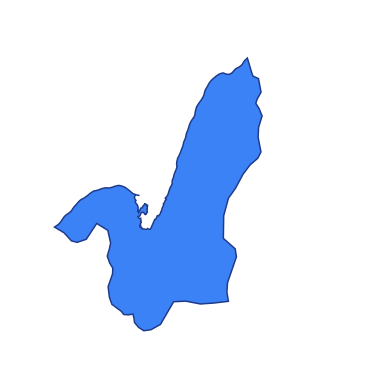 Bimbo, Ombella-M'Poko, Central African Republic (Equal Earth projection), rotated 215°
{"feature_id": "33826404B89402945162763", "entity_name": "Bimbo", "entity_type": "district", "adm_level": 2, "iso_a3": "CAF", "parent_name": "Central African Republic", "parent_adm1": "Ombella-M'Poko", "projection": "equal_earth", "projection_center": [18.582, 4.266], "detail": "fine", "context": "isolated", "style": "filled", "palette": "blue", "viewbox_px": 384, "rotation_deg": 215, "n_neighbors": 0, "source": "geoboundaries", "source_scale": "gbopen_adm2", "svg_char_len": 5465}
<svg xmlns="http://www.w3.org/2000/svg" viewBox="0 0 384 384"><g transform="rotate(215 192 192)"><path d="M181.4,53.7L177.7,52.5L173.7,54.8L170.4,58.1L167.2,55.4L164.2,52.1L158.2,50.5L151.9,50.7L146.6,55.7L141.9,65.5L144.1,91.6L134.5,99.0L120.9,105.1L110.4,113.6L99.5,123.3L106.0,130.0L110.9,138.1L118.4,164.4L124.0,170.2L139.7,172.0L152.4,190.7L158.6,207.8L158.5,219.9L160.4,235.9L160.0,247.3L157.5,257.4L158.5,264.4L169.2,274.7L174.6,283.3L178.2,294.5L185.2,299.0L190.6,301.2L191.9,305.5L192.7,313.4L202.6,323.0L208.4,321.9L210.9,323.5L223.5,333.5L224.1,330.6L224.3,328.9L224.2,327.2L224.0,325.4L224.3,323.8L224.8,322.1L225.3,320.9L226.2,319.4L226.9,317.8L227.2,315.9L227.3,314.6L227.4,313.1L227.9,311.8L228.4,310.6L229.4,309.4L230.5,308.7L232.7,307.8L234.4,307.6L235.7,306.5L237.4,304.1L238.6,301.1L239.8,296.6L240.1,295.1L240.4,292.8L240.4,291.5L240.2,289.3L239.9,286.9L239.8,284.9L239.6,283.0L238.8,280.6L238.0,278.9L237.5,276.3L237.2,272.6L237.3,268.7L237.1,264.5L236.3,262.0L235.2,259.3L234.1,257.2L233.5,255.5L233.4,253.7L233.4,250.7L233.3,248.7L232.8,246.2L231.8,243.0L230.8,240.0L230.4,237.6L229.8,235.8L229.0,234.3L228.2,232.1L227.8,229.9L227.3,227.8L226.6,226.3L226.0,224.7L225.5,223.1L225.0,220.5L224.4,218.9L224.0,217.2L223.8,215.5L223.3,213.7L223.3,211.9L221.9,208.3L220.9,206.4L219.8,205.1L219.1,204.3L218.5,203.4L218.0,201.7L217.5,199.3L216.9,196.8L216.2,194.7L215.3,192.6L215.1,191.1L214.6,189.7L213.7,188.5L212.8,186.8L212.5,184.7L212.3,182.6L211.8,181.0L211.2,179.0L210.3,176.2L210.1,174.1L210.3,172.4L210.7,171.4L210.6,171.5L210.0,171.3L209.7,171.2L209.3,171.2L209.0,171.4L208.9,170.4L209.0,169.3L209.0,169.0L208.9,168.4L208.8,167.8L208.7,167.6L208.5,167.3L208.5,167.2L208.4,167.0L208.3,166.7L208.7,166.0L208.2,165.5L208.1,165.3L208.0,165.2L207.9,164.9L207.7,164.5L207.6,164.4L207.6,164.2L207.6,163.9L207.5,163.6L207.5,163.2L207.3,162.8L207.3,162.6L207.3,162.2L207.2,162.0L207.1,161.7L207.0,161.3L206.9,160.8L206.8,160.4L206.6,160.1L206.5,159.8L206.4,159.5L206.2,159.1L206.1,158.9L206.2,158.6L206.2,157.9L206.1,157.6L205.9,157.2L205.8,156.7L205.7,156.5L205.6,156.1L205.5,155.7L205.5,154.6L205.7,154.4L205.8,154.3L205.6,153.1L206.8,152.7L206.0,148.6L206.8,148.1L206.0,144.3L205.4,141.2L204.8,138.2L204.8,137.8L204.9,137.6L205.1,137.3L205.3,137.2L205.6,137.0L205.8,137.0L206.1,136.9L206.4,136.8L206.8,136.7L207.2,136.6L207.3,136.6L207.2,136.2L208.0,135.2L210.8,133.8L211.3,133.4L211.5,133.0L211.5,132.6L211.6,132.8L211.8,133.3L212.1,133.6L212.4,133.9L212.6,133.9L213.1,133.7L213.3,133.6L213.8,133.3L214.1,133.3L214.2,133.5L214.1,133.8L214.0,134.2L214.1,134.6L214.4,134.9L214.7,134.8L215.2,134.6L215.4,134.4L215.5,134.5L215.7,135.0L215.7,135.4L215.6,135.7L215.6,135.9L215.8,136.1L215.9,136.5L216.1,136.7L216.1,137.2L216.1,137.7L216.1,138.0L216.3,138.3L216.5,138.3L216.7,138.2L217.2,138.3L217.3,138.5L217.3,139.1L217.3,139.3L217.7,139.7L217.9,139.9L218.2,140.0L218.5,140.2L218.6,140.4L218.8,140.8L219.0,141.1L219.6,140.3L220.1,140.3L221.1,140.1L221.7,140.4L222.1,140.7L222.2,141.2L221.1,142.1L221.1,143.0L221.3,144.1L221.4,144.6L221.7,145.3L221.7,145.7L221.4,146.3L220.9,146.9L220.3,147.3L218.5,147.2L218.3,147.1L218.1,146.7L217.9,146.7L217.6,146.7L217.3,146.9L217.1,146.9L216.9,147.3L216.9,147.5L216.9,147.9L217.0,148.2L217.1,148.6L217.0,149.1L217.0,149.7L217.0,149.9L217.0,150.0L217.3,150.2L217.5,150.4L217.7,150.6L218.2,151.0L218.5,151.1L218.6,151.5L218.6,152.1L218.8,152.3L219.1,152.4L219.4,152.6L219.4,152.9L219.4,153.1L219.5,153.3L219.8,153.7L220.2,154.2L220.3,154.4L220.3,154.7L220.4,154.9L220.4,155.2L220.6,155.4L220.8,155.6L221.2,155.6L221.3,155.4L221.4,155.0L221.5,154.9L221.7,155.1L221.7,155.4L221.8,155.5L222.0,155.5L222.3,155.4L222.5,155.4L222.7,155.5L223.0,155.5L223.4,155.6L223.5,155.5L223.9,155.4L224.0,155.2L223.9,154.1L223.9,153.7L223.8,153.3L223.8,152.9L224.1,152.2L224.1,151.9L223.9,151.4L223.8,150.8L223.8,150.4L224.0,150.1L224.3,149.9L224.7,149.5L224.7,149.1L224.4,147.7L224.2,147.2L224.2,146.8L224.3,146.5L224.4,146.4L224.3,146.2L224.0,145.4L223.8,144.9L223.7,144.6L223.7,144.4L224.0,144.6L224.3,144.8L224.7,144.8L224.8,144.8L225.0,144.8L225.3,144.9L225.4,145.2L225.5,145.3L225.7,145.6L225.8,145.9L225.8,146.0L226.0,146.4L226.1,146.7L226.1,147.0L226.3,147.1L226.5,147.2L226.7,147.3L226.9,147.5L227.0,148.1L228.6,149.6L229.0,149.7L229.5,149.9L229.8,150.3L230.1,150.4L231.5,150.5L232.0,150.9L232.5,151.2L232.7,151.3L232.8,151.4L233.0,151.8L233.2,152.1L233.1,152.3L232.9,152.7L233.6,153.2L235.2,153.8L236.3,154.8L236.5,156.7L236.2,157.7L235.4,157.9L235.0,158.0L233.8,158.7L233.1,159.2L233.7,158.7L234.9,158.0L236.3,157.7L238.2,157.1L239.5,156.9L240.9,156.9L242.7,157.1L245.0,157.3L247.9,157.4L249.6,157.4L250.8,157.2L251.6,156.9L253.0,156.6L254.1,156.2L255.1,155.7L255.9,155.3L257.0,154.1L258.5,152.5L260.0,150.2L260.6,149.5L261.8,148.2L263.1,147.1L264.7,146.2L265.6,145.5L267.8,143.1L268.7,141.7L269.7,140.2L271.5,138.0L272.3,137.4L273.2,136.1L273.9,134.6L274.6,132.6L275.2,130.4L275.6,129.0L276.3,126.9L276.8,125.4L277.7,123.8L278.6,122.0L279.1,120.2L279.4,118.0L279.6,115.9L279.7,114.6L280.0,113.1L280.1,111.2L280.1,109.7L280.0,107.8L280.2,106.2L280.6,104.8L281.0,103.5L281.5,102.3L282.0,101.0L282.3,99.6L282.5,98.5L282.5,97.4L282.5,95.4L282.4,92.7L282.7,89.5L283.2,87.9L284.5,84.4L273.4,85.2L262.7,82.8L257.2,84.9L251.5,92.6L252.0,111.6L239.0,112.3L229.4,103.5L227.0,97.9L224.7,90.9L218.7,86.6L213.2,84.2L210.1,79.3L206.4,66.3L199.1,58.2L193.1,54.0L181.4,53.7Z" fill="#3b82f6" stroke="#1e3a8a" stroke-width="1.5"/></g></svg>